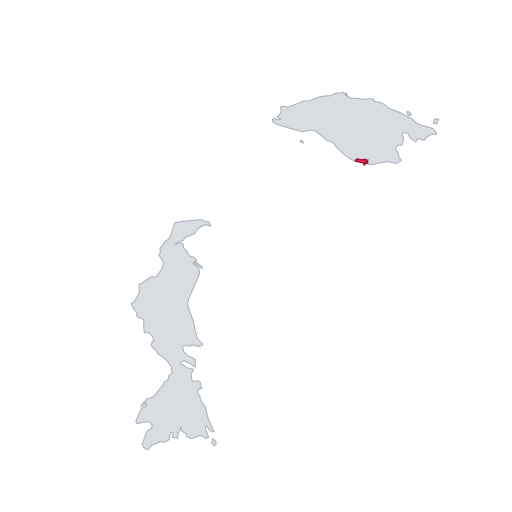 Marang, Terengganu, Malaysia shown in context, rotated 128°
{"feature_id": "92858781B50781472629025", "entity_name": "Marang", "entity_type": "district", "adm_level": 2, "iso_a3": "MYS", "parent_name": "Malaysia", "parent_adm1": "Terengganu", "projection": "natural_earth1", "projection_center": [103.214, 5.06], "detail": "fine", "context": "in_parent", "style": "filled", "palette": "rose", "viewbox_px": 512, "rotation_deg": 128, "n_neighbors": 0, "source": "geoboundaries", "source_scale": "gbopen_adm2", "svg_char_len": 5073}
<svg xmlns="http://www.w3.org/2000/svg" viewBox="0 0 512 512"><g transform="rotate(128 256 256)"><path d="M438.4,254.4L435.6,253.8L431.7,251.0L427.8,250.0L416.3,250.0L414.6,249.2L412.4,250.8L408.4,249.4L406.1,249.6L403.5,251.2L399.9,249.7L398.2,252.2L395.9,253.8L393.4,260.4L392.9,268.3L393.4,273.2L392.3,275.9L391.8,281.5L390.9,283.9L387.7,284.9L386.3,284.1L383.4,287.5L382.7,288.9L382.6,294.3L384.8,296.0L384.8,297.2L380.1,301.7L376.0,304.3L375.4,306.6L377.0,311.3L376.3,313.5L374.1,314.7L372.5,320.7L370.6,324.6L369.9,325.0L367.0,323.8L356.2,325.5L353.0,328.7L349.9,330.6L347.4,328.8L346.2,328.9L336.0,325.5L335.6,322.5L334.6,322.0L324.1,322.2L317.6,325.4L315.2,333.0L311.7,333.8L309.1,336.5L304.6,336.2L301.8,336.9L297.4,335.6L293.2,335.5L279.9,340.4L275.6,336.9L262.5,323.2L260.7,320.8L260.3,316.6L258.8,315.8L258.3,314.7L258.1,313.5L260.1,310.1L262.2,314.5L265.4,316.9L271.0,318.6L276.3,318.1L283.7,322.5L286.1,323.2L288.6,322.9L293.2,326.4L296.0,326.5L292.3,324.1L291.6,322.3L292.0,320.3L294.4,317.6L294.8,313.3L296.6,309.1L297.0,307.1L295.6,305.6L295.3,303.1L296.4,299.5L298.8,301.3L300.9,300.9L300.9,294.3L302.4,291.5L304.9,289.5L329.9,283.0L334.0,281.4L336.8,279.5L345.8,265.5L356.5,252.5L357.9,247.9L357.8,244.6L358.4,243.8L359.6,243.4L361.9,245.1L363.2,246.4L365.4,252.0L367.5,252.1L371.0,257.5L371.8,258.2L372.9,257.8L375.6,254.4L376.4,251.9L375.8,251.5L377.0,248.6L375.9,246.7L374.9,240.1L381.1,235.4L381.2,240.8L383.0,248.6L386.1,249.8L387.8,249.3L386.9,246.9L386.6,242.3L385.7,239.3L383.7,235.4L389.0,234.5L393.0,230.4L393.6,227.7L391.0,226.2L390.0,224.2L389.9,222.1L394.0,217.1L394.5,218.5L397.1,218.9L398.3,218.9L400.1,216.8L401.0,213.9L404.2,209.9L405.9,203.4L413.8,193.2L420.1,181.0L421.3,182.0L421.7,185.3L420.4,191.0L423.2,189.6L428.0,181.6L430.7,182.9L430.6,185.1L431.7,189.2L439.7,194.5L440.8,199.7L439.0,201.7L439.7,206.7L439.1,208.3L436.5,209.8L443.6,208.3L447.8,205.4L450.3,210.4L446.3,212.3L447.2,214.4L451.0,213.2L453.3,211.5L455.6,211.8L459.3,213.8L460.4,215.0L461.1,217.4L463.8,218.3L469.3,221.6L474.2,221.6L476.0,223.3L475.9,227.6L473.3,230.2L462.9,233.7L460.2,233.6L456.4,232.3L453.7,233.1L452.0,237.3L455.2,241.4L460.6,245.7L461.3,246.8L460.3,248.9L448.2,252.3L445.6,252.0L441.1,249.9L438.4,254.4ZM46.6,195.3L47.9,189.3L49.8,189.0L51.7,192.5L58.1,195.1L60.0,194.3L60.9,194.8L61.8,195.7L63.5,200.4L67.6,200.5L68.1,207.9L66.2,210.8L66.0,212.7L68.9,216.2L70.6,215.4L72.1,212.3L78.8,209.2L81.6,212.5L84.1,212.5L86.0,211.3L87.4,207.3L90.0,204.3L91.1,200.5L95.0,201.5L96.4,202.3L100.8,210.4L106.5,216.0L110.8,219.1L113.4,222.2L120.6,236.7L121.4,241.4L121.8,248.6L120.7,259.4L119.4,264.8L119.6,267.3L121.4,271.3L120.9,274.9L121.1,286.5L123.3,290.6L129.5,295.7L138.6,318.0L140.2,324.3L139.3,326.7L137.7,327.3L136.3,326.1L135.4,323.0L133.3,320.6L133.5,325.0L129.6,324.4L126.8,325.1L123.6,328.1L122.0,328.2L119.2,322.6L108.9,316.2L105.1,314.5L101.1,309.7L92.0,304.3L86.3,299.1L83.9,295.9L78.0,293.0L75.4,289.6L72.9,287.8L74.3,284.5L73.0,278.2L68.9,272.5L66.9,268.5L63.0,264.6L59.9,259.7L61.7,258.2L58.7,252.9L57.7,249.1L57.7,241.8L54.5,231.6L51.8,217.5L52.3,212.6L51.6,207.2L46.6,195.3ZM428.2,176.4L426.9,177.8L426.5,174.0L428.3,172.0L430.9,171.6L431.0,175.0L430.4,176.0L428.2,176.4ZM40.6,194.7L42.1,197.5L40.9,199.1L40.0,198.7L38.2,199.9L36.3,197.2L36.0,195.9L38.3,196.1L40.6,194.7ZM299.7,300.0L299.0,300.3L297.9,299.4L297.7,291.5L298.4,290.8L299.4,292.3L299.7,300.0ZM51.5,222.1L49.8,225.9L48.2,225.4L48.5,221.2L49.4,220.6L51.5,222.1ZM445.4,254.0L442.3,254.5L440.1,254.4L440.4,252.3L441.4,252.0L445.4,254.0ZM138.7,291.8L137.0,291.9L136.6,290.8L137.8,288.1L138.7,291.8ZM73.5,285.1L72.3,285.6L72.5,283.9L73.3,283.0L73.5,285.1Z" fill="#d9dde1" stroke="#a8b0b8" stroke-width="1"/><path d="M116.3,233.9L116.4,234.0L116.5,235.1L117.2,235.4L117.3,235.5L117.5,235.8L117.6,236.0L117.8,236.2L118.0,236.0L118.1,235.9L118.2,236.0L118.4,236.1L118.5,236.1L118.7,236.3L118.8,236.4L118.8,236.5L119.0,236.6L119.3,236.5L119.5,236.4L119.6,236.2L119.9,236.0L118.0,232.1L117.8,231.6L116.7,229.1L116.3,228.1L116.1,227.7L115.9,227.4L115.8,227.1L115.3,226.1L115.4,225.8L115.2,226.0L115.1,226.3L115.0,226.2L114.9,226.1L114.9,226.3L114.7,226.3L114.7,226.5L114.5,226.8L114.6,227.0L114.4,227.2L114.2,227.3L113.9,227.3L113.9,227.2L114.0,227.1L114.1,226.9L114.1,226.7L114.1,226.4L113.9,226.3L113.9,226.2L113.7,226.1L113.4,226.0L113.2,226.0L113.2,225.9L113.0,226.0L112.9,226.2L112.8,226.3L112.9,226.5L112.8,226.8L112.7,226.8L112.5,227.0L112.4,227.0L112.3,227.3L112.2,227.3L112.3,227.4L112.4,227.5L112.3,227.8L112.4,228.0L112.5,228.2L112.5,228.3L112.5,228.5L112.4,228.6L112.4,228.8L112.4,229.0L112.5,229.1L112.8,229.5L113.0,229.8L113.3,230.0L113.5,230.2L113.8,230.0L114.2,230.4L114.2,230.7L114.3,230.9L114.4,231.1L114.6,231.5L114.8,231.5L115.1,231.8L115.3,232.3L115.6,232.6L115.7,232.8L115.9,233.0L116.0,233.3L116.1,233.6L116.3,233.9L116.3,233.9ZM117.3,227.1L117.2,227.0L117.3,227.0L117.3,226.9L117.2,226.9L117.1,227.0L117.2,227.3L117.3,227.3L117.3,227.2L117.3,227.1ZM117.2,226.7L117.1,226.8L117.1,226.7L117.2,226.7Z" fill="#f43f5e" stroke="#9f1239" stroke-width="1.5"/></g></svg>